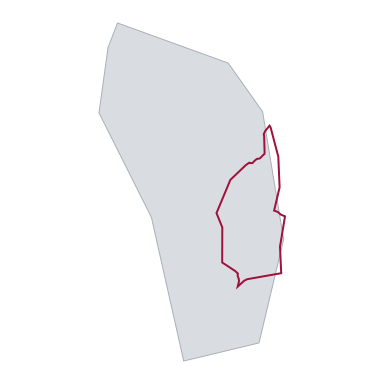 Saint David on a map of Dominica (orthographic projection)
{"feature_id": "DMA-1433", "entity_name": "Saint David", "entity_type": "Parish", "adm_level": 1, "iso_a3": "DMA", "parent_name": "Dominica", "parent_adm1": "", "projection": "orthographic", "projection_center": [-61.287, 15.413], "detail": "coarse", "context": "in_parent", "style": "outline", "palette": "rose", "viewbox_px": 384, "rotation_deg": 0, "n_neighbors": 0, "source": "natural_earth", "source_scale": "10m", "svg_char_len": 905}
<svg xmlns="http://www.w3.org/2000/svg" viewBox="0 0 384 384"><path d="M259.0,342.9L183.7,361.0L151.4,217.3L99.0,112.9L108.0,47.7L117.5,23.0L228.2,63.1L262.6,111.7L283.6,239.5L259.0,342.9Z" fill="#d9dde1" stroke="#a8b0b8" stroke-width="1"/><path d="M269.5,125.7L270.6,127.4L278.3,156.7L279.6,187.3L274.1,210.6L277.7,211.9L281.0,214.7L285.0,216.3L280.0,246.7L281.2,273.2L247.2,279.2L244.1,280.8L237.7,286.6L238.9,281.7L239.0,280.8L238.8,279.2L238.4,277.9L237.8,276.2L237.7,275.6L237.6,275.0L237.9,273.6L235.3,271.1L222.2,262.5L222.3,227.4L216.5,213.1L230.4,179.8L245.6,165.3L249.2,162.7L249.5,162.9L250.2,163.2L251.0,163.0L252.1,163.1L252.7,162.8L253.3,162.2L254.7,160.7L256.7,159.0L257.3,158.8L258.6,158.7L259.0,158.7L259.4,158.5L259.9,158.3L260.7,157.6L263.6,154.6L264.1,154.2L264.4,154.1L264.6,152.5L264.1,135.6L263.7,134.4L265.0,131.3L269.5,125.7Z" fill="none" stroke="#9f1239" stroke-width="2"/></svg>